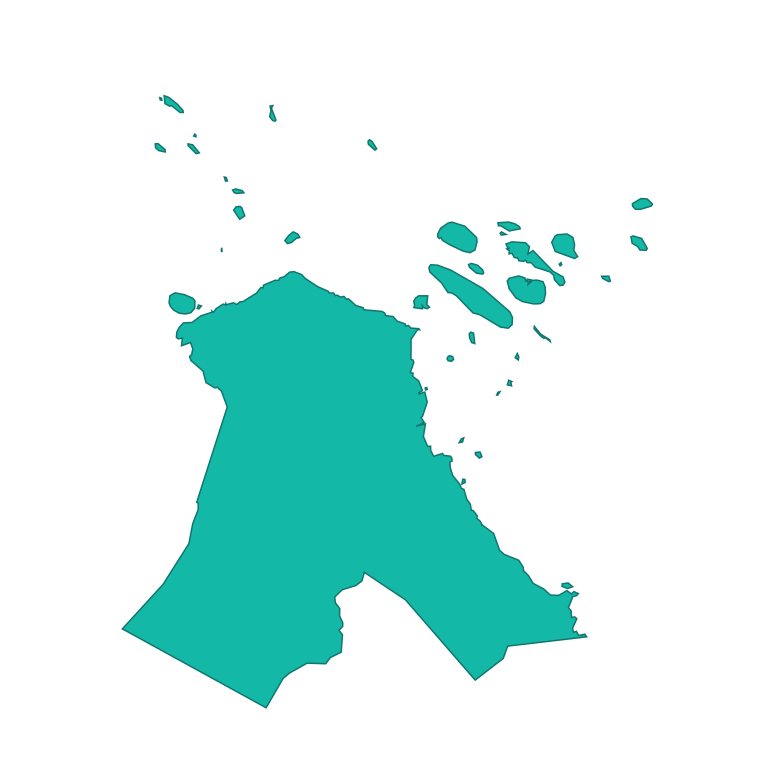 Muna Barat, Sulawesi Tenggara, Indonesia, rotated 84°
{"feature_id": "22746128B23924471266348", "entity_name": "Muna Barat", "entity_type": "district", "adm_level": 2, "iso_a3": "IDN", "parent_name": "Indonesia", "parent_adm1": "Sulawesi Tenggara", "projection": "albers", "projection_center": [122.382, -4.771], "detail": "fine", "context": "isolated", "style": "filled", "palette": "teal", "viewbox_px": 768, "rotation_deg": 84, "n_neighbors": 0, "source": "geoboundaries", "source_scale": "gbopen_adm2", "svg_char_len": 6188}
<svg xmlns="http://www.w3.org/2000/svg" viewBox="0 0 768 768"><g transform="rotate(84 384 384)"><path d="M656.6,208.9L653.8,210.4L654.4,216.8L650.1,218.5L650.8,221.5L646.6,222.0L637.6,216.8L635.6,218.6L635.7,221.9L629.1,221.6L625.9,224.0L615.1,218.4L614.7,214.7L612.8,212.6L610.3,216.9L612.4,219.4L608.6,223.7L612.5,232.3L611.3,240.6L604.6,246.5L597.9,256.5L589.5,260.5L584.2,264.8L580.8,264.7L573.4,268.4L566.1,282.2L561.5,286.4L544.1,290.6L534.5,301.0L535.3,302.1L534.3,301.1L530.3,302.9L527.2,305.8L524.9,305.0L519.2,308.5L518.6,310.4L512.5,310.7L507.2,313.7L497.0,315.6L496.1,317.9L491.3,319.3L482.1,325.3L473.9,326.9L468.6,326.6L467.7,324.3L464.2,324.4L462.6,325.8L461.3,332.0L459.2,333.1L461.1,342.2L454.9,344.5L450.7,344.2L450.7,347.1L440.3,350.3L427.9,346.9L429.4,356.4L426.4,348.0L421.2,350.7L420.1,349.0L406.5,342.9L396.3,344.3L397.5,350.2L396.2,350.3L394.6,346.5L384.7,349.1L379.5,354.6L376.3,354.0L375.3,356.7L365.8,352.1L363.3,352.6L362.2,354.6L342.4,352.4L333.2,344.8L333.8,343.0L332.6,343.6L331.2,351.4L328.3,353.6L328.6,356.5L326.4,356.7L322.9,364.3L317.9,367.9L316.1,375.3L313.6,375.8L311.6,378.4L308.1,396.2L306.0,396.7L302.9,403.9L295.6,410.3L295.8,412.5L292.7,414.6L293.0,418.2L290.7,421.3L291.0,423.2L288.2,424.6L287.8,429.0L286.1,429.6L280.1,440.0L270.8,451.3L266.5,454.6L262.8,461.9L262.9,466.3L266.8,471.8L267.8,476.7L269.9,477.9L269.5,481.6L273.1,493.5L275.7,494.1L275.2,496.4L280.3,501.3L287.4,515.9L287.2,518.6L289.6,522.1L287.5,525.3L288.6,532.2L287.6,532.8L288.8,532.9L287.7,535.6L291.5,543.1L294.9,546.1L293.6,547.4L294.5,547.2L297.1,559.1L302.7,568.3L302.3,577.2L306.5,581.9L310.9,584.7L316.0,585.6L317.6,583.9L317.3,579.7L324.8,581.4L322.5,572.1L329.0,570.5L334.6,572.2L336.3,574.5L340.4,573.6L352.3,562.6L364.0,560.9L370.2,552.7L369.9,550.1L374.1,546.4L390.5,542.3L482.2,582.7L482.8,581.2L489.4,581.9L502.9,588.8L522.3,594.7L560.2,624.7L600.2,669.8L693.7,535.1L666.4,515.2L661.6,508.3L653.6,489.7L656.1,471.3L650.4,465.9L646.2,454.6L629.0,451.5L624.2,454.5L620.8,450.4L617.1,450.0L610.0,452.4L602.7,451.5L596.4,455.3L590.6,455.2L584.2,447.0L581.5,433.0L577.6,426.6L569.3,423.2L600.9,385.2L688.0,324.3L669.4,294.1L657.6,288.4L656.6,208.9ZM299.8,310.8L300.4,307.3L303.9,302.7L322.6,288.1L325.1,281.5L339.6,262.2L341.5,254.6L338.4,250.4L331.3,249.3L325.3,251.4L299.4,275.6L277.7,305.7L271.4,318.3L270.3,325.1L272.9,327.2L277.5,326.7L289.4,316.3L299.8,310.8ZM304.4,213.6L298.9,215.2L296.7,220.8L296.4,225.5L300.1,230.3L297.5,229.6L297.9,228.4L295.7,227.0L294.7,230.7L296.8,230.6L296.5,232.1L293.2,232.8L290.6,238.8L292.0,248.5L294.5,250.7L302.5,249.5L312.1,243.8L316.5,237.7L320.0,226.8L320.4,220.2L318.5,216.5L311.0,213.9L304.4,213.6ZM243.6,315.1L245.1,313.8L244.3,311.9L247.2,310.9L252.1,304.5L260.2,291.3L262.4,284.7L260.2,279.5L252.0,276.5L247.9,276.7L235.5,287.1L230.1,299.7L230.7,303.6L235.0,311.4L240.5,314.9L243.6,315.1ZM298.1,203.6L304.5,199.0L304.4,195.5L301.5,193.4L296.2,194.8L289.5,204.2L266.8,221.9L269.9,227.3L262.7,225.0L258.3,228.5L256.0,241.9L257.5,248.0L261.5,246.8L262.1,244.8L262.5,247.8L264.7,245.5L267.6,246.1L267.4,243.0L271.8,241.2L272.8,237.7L275.5,237.1L276.6,232.3L275.6,230.3L278.2,229.0L278.8,224.9L283.5,221.5L290.0,207.0L293.9,203.8L298.1,203.6ZM279.1,181.3L277.6,178.1L270.9,181.3L265.6,179.9L258.0,180.8L254.0,186.2L253.6,196.0L254.8,198.4L260.6,202.4L270.1,199.8L279.1,181.3ZM288.9,564.4L281.7,563.3L278.7,565.2L274.2,573.3L271.5,582.3L273.9,587.7L280.7,589.3L284.2,588.4L288.4,585.6L292.2,580.3L293.6,573.9L292.9,568.6L288.9,564.4ZM313.6,333.1L312.4,330.7L309.6,333.1L300.9,331.3L299.9,340.3L301.9,343.6L304.8,345.8L309.0,345.3L311.1,346.4L313.2,338.0L310.0,337.8L312.4,336.4L313.6,333.1ZM233.1,118.2L236.5,115.7L237.1,110.7L235.0,99.6L233.1,98.2L227.5,102.9L226.4,109.0L230.6,118.1L233.1,118.2ZM270.0,122.5L273.7,117.4L277.5,115.4L278.4,109.2L276.7,108.0L266.2,112.5L262.8,120.7L263.3,123.0L270.0,122.5ZM238.8,251.3L244.9,243.5L243.9,232.3L241.7,232.8L238.3,237.2L236.0,243.1L235.5,253.8L238.6,253.7L238.8,251.3ZM85.0,566.1L92.6,558.5L93.0,555.3L91.0,555.3L84.3,560.1L76.6,567.9L74.3,572.5L82.2,572.5L85.2,568.3L85.0,566.1ZM284.1,273.3L281.0,273.9L275.8,278.3L273.2,284.5L274.0,287.4L277.0,286.7L283.4,280.5L285.0,274.5L284.1,273.3ZM195.4,515.4L205.1,510.3L202.2,504.9L193.7,507.1L192.3,508.7L192.3,512.6L195.4,515.4ZM234.2,465.4L233.7,461.4L230.0,456.0L229.5,452.4L225.9,454.0L223.2,458.4L226.5,463.4L231.0,467.6L234.2,465.4ZM125.2,586.5L128.3,583.7L130.4,577.4L128.2,577.1L121.4,583.5L121.2,586.4L125.2,586.5ZM110.2,463.9L98.0,467.1L95.5,465.5L95.7,468.3L100.3,467.8L106.2,469.8L110.4,467.1L111.2,464.7L110.2,463.9ZM126.5,553.9L135.3,546.7L134.8,543.5L126.1,549.3L124.7,553.8L126.5,553.9ZM353.3,289.5L342.7,289.6L341.5,292.4L343.0,294.0L347.1,294.0L351.9,292.5L353.3,289.5ZM603.9,228.1L606.6,222.7L605.3,217.6L601.1,221.7L601.4,227.7L603.9,228.1ZM149.3,366.7L141.2,370.7L139.6,372.9L140.9,374.5L143.9,374.5L150.5,368.6L149.3,366.7ZM305.4,148.2L300.3,149.1L299.6,156.3L301.7,155.6L305.7,149.8L305.4,148.2ZM344.8,229.0L353.4,222.6L355.3,220.1L355.1,218.3L359.2,214.2L357.4,214.5L350.7,223.1L342.4,228.4L344.8,229.0ZM177.9,513.1L179.1,510.8L179.2,503.4L176.8,504.9L174.5,511.1L175.2,514.3L177.9,513.1ZM365.4,318.7L367.5,317.8L368.5,314.6L366.9,312.2L364.1,312.8L362.8,315.1L363.1,317.1L365.4,318.7ZM466.5,294.2L461.7,295.6L461.6,300.3L463.5,300.5L467.7,296.9L466.5,294.2ZM395.6,257.7L395.0,256.6L393.3,259.6L397.8,261.4L399.2,257.3L395.6,257.7ZM367.6,248.2L371.5,250.8L374.1,247.9L371.2,247.1L367.6,248.2ZM490.4,313.5L487.4,313.5L486.9,315.5L491.7,317.1L490.4,313.5ZM450.2,315.4L449.9,312.0L445.9,310.3L446.6,312.8L450.2,315.4ZM289.2,561.8L290.0,560.3L287.3,557.4L286.1,560.3L289.2,561.8ZM246.2,252.8L248.2,251.8L248.0,247.0L245.0,251.3L246.2,252.8ZM161.5,521.2L165.7,520.4L165.7,518.5L162.2,519.3L161.5,521.2ZM284.0,194.8L281.8,195.3L283.2,197.3L284.9,196.5L284.0,194.8ZM231.5,531.2L234.5,531.9L235.8,531.2L231.5,531.2ZM403.8,269.5L404.1,271.5L406.8,273.1L407.0,272.1L403.8,269.5ZM394.3,343.3L393.9,341.5L392.0,341.9L392.2,343.4L394.3,343.3ZM117.6,547.3L118.5,545.2L116.7,545.1L115.7,546.2L117.6,547.3ZM78.1,576.8L78.6,575.2L76.5,575.4L75.8,577.1L78.1,576.8Z" fill="#14b8a6" stroke="#0f766e" stroke-width="1.5"/></g></svg>